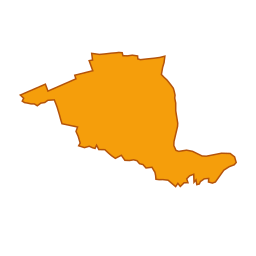 the district of Cruzeiro do Sul, Rio Grande do Sul, Brazil, rotated 338°
{"feature_id": "56859067B99028252203396", "entity_name": "Cruzeiro do Sul", "entity_type": "district", "adm_level": 2, "iso_a3": "BRA", "parent_name": "Brazil", "parent_adm1": "Rio Grande do Sul", "projection": "mercator", "projection_center": [-52.031, -29.551], "detail": "fine", "context": "isolated", "style": "filled", "palette": "amber", "viewbox_px": 256, "rotation_deg": 338, "n_neighbors": 0, "source": "geoboundaries", "source_scale": "gbopen_adm2", "svg_char_len": 1554}
<svg xmlns="http://www.w3.org/2000/svg" viewBox="0 0 256 256"><g transform="rotate(338 128 128)"><path d="M205.2,186.4L190.1,183.5L186.2,181.7L179.1,173.8L174.0,170.5L170.7,169.7L166.3,168.7L164.1,166.7L163.9,161.4L165.6,157.7L174.6,145.0L175.9,142.2L178.7,129.9L181.6,122.7L182.5,117.8L183.9,115.2L184.6,111.2L184.9,108.1L184.0,104.5L182.1,98.1L180.4,94.5L179.0,90.9L182.8,84.8L185.9,80.9L189.1,75.2L183.9,74.5L178.4,73.1L171.9,71.2L165.1,69.3L163.0,67.6L163.9,64.8L159.3,62.1L154.5,60.9L150.4,59.1L150.8,56.0L147.8,54.5L145.1,53.8L140.7,52.4L134.8,50.8L129.1,49.1L122.3,45.2L120.6,51.7L117.2,51.0L116.8,61.7L98.4,59.1L98.1,62.9L67.6,63.8L67.8,56.4L40.5,57.1L42.4,61.3L40.0,63.5L41.6,65.7L43.9,67.1L47.1,69.3L50.2,70.6L52.2,73.4L56.5,72.3L60.4,73.2L64.1,72.3L66.9,73.2L70.2,74.3L70.2,78.4L70.1,82.1L69.4,89.8L68.7,95.6L68.4,99.3L81.6,108.2L78.5,111.7L78.7,117.0L78.0,124.1L75.6,126.0L80.3,129.9L85.2,130.4L87.7,133.0L89.8,134.6L92.4,132.2L92.9,137.1L98.4,139.4L100.6,144.1L102.4,147.6L104.9,151.4L111.6,150.8L113.0,156.8L117.2,158.7L121.3,159.6L124.1,161.7L125.3,165.4L128.2,167.5L129.7,171.8L135.5,173.4L136.4,179.2L135.8,182.4L134.7,186.0L137.6,187.6L141.0,188.9L145.6,191.4L150.2,200.2L153.5,198.0L154.6,201.8L159.5,199.8L163.1,201.2L163.4,197.1L167.2,195.4L171.6,195.5L168.9,203.0L171.6,201.6L170.6,206.3L173.1,206.6L175.0,204.8L179.7,203.7L183.9,205.0L182.4,208.2L185.6,210.7L188.8,210.8L201.0,203.0L207.3,201.8L212.7,201.9L215.4,200.5L216.0,194.7L213.2,189.9L210.0,188.5L205.2,186.4Z" fill="#f59e0b" stroke="#b45309" stroke-width="1.5"/></g></svg>